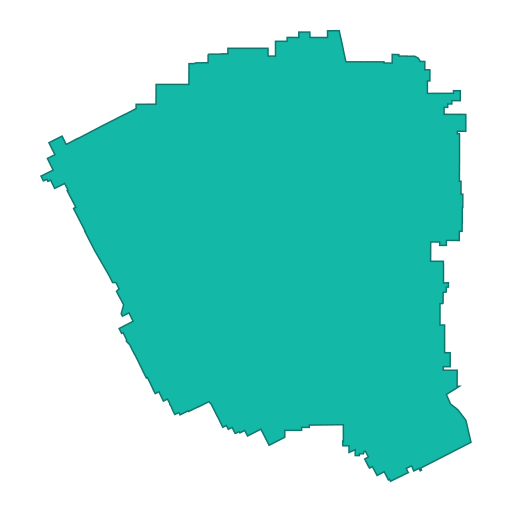 the district of Cunderdin, Western Australia, Australia
{"feature_id": "25037944B27165515239628", "entity_name": "Cunderdin", "entity_type": "district", "adm_level": 2, "iso_a3": "AUS", "parent_name": "Australia", "parent_adm1": "Western Australia", "projection": "albers", "projection_center": [117.202, -31.613], "detail": "fine", "context": "isolated", "style": "filled", "palette": "teal", "viewbox_px": 512, "rotation_deg": 0, "n_neighbors": 0, "source": "geoboundaries", "source_scale": "gbopen_adm2", "svg_char_len": 5358}
<svg xmlns="http://www.w3.org/2000/svg" viewBox="0 0 512 512"><path d="M376.3,61.8L370.7,61.8L367.8,61.8L366.2,61.8L363.2,61.9L360.2,61.8L357.9,61.8L355.5,61.8L352.6,61.8L351.4,61.8L349.1,61.8L348.0,61.8L347.8,61.8L346.2,61.9L346.0,61.6L345.9,61.5L345.8,61.1L345.7,60.8L345.6,60.5L345.5,60.0L345.4,59.5L345.2,58.5L344.8,56.7L344.5,55.2L344.1,53.6L343.7,51.7L343.0,48.1L342.1,43.6L341.5,41.3L341.2,39.4L340.4,36.3L339.7,33.1L339.3,30.8L339.2,30.8L339.2,30.7L336.5,30.7L334.1,30.7L327.5,30.8L327.5,31.0L327.6,37.5L324.1,37.5L323.9,37.5L321.4,37.5L320.9,37.5L315.1,37.5L309.9,37.4L309.9,32.1L298.8,32.1L298.8,37.5L287.1,37.4L287.1,41.3L275.5,41.3L275.5,56.1L268.1,56.1L268.0,48.3L227.9,48.3L227.9,53.8L222.4,53.8L222.4,54.0L216.6,54.2L212.2,54.1L209.3,54.2L209.1,54.2L208.9,54.2L208.7,54.3L208.4,54.5L208.2,54.8L208.1,55.1L208.1,55.3L208.1,56.8L208.1,58.8L208.1,61.6L208.1,62.7L205.9,62.7L202.8,62.8L200.3,62.8L196.0,62.8L195.9,62.8L195.7,62.9L195.5,63.0L195.0,63.3L194.6,63.4L194.5,63.5L194.4,63.5L194.2,63.6L193.5,63.6L190.8,63.6L189.0,63.6L188.9,84.4L186.4,84.4L169.1,84.4L168.5,84.4L156.1,84.4L156.0,104.2L136.1,104.3L136.1,108.6L125.0,114.4L124.9,114.3L118.4,117.6L114.6,119.6L107.0,123.4L102.7,125.6L77.8,138.6L77.7,138.4L66.7,144.2L66.3,144.2L66.2,144.2L66.1,143.9L65.9,143.9L62.1,136.1L48.9,142.7L54.9,154.7L47.4,158.4L53.1,170.1L41.0,176.1L43.4,180.9L46.8,179.3L47.9,181.4L50.6,180.1L54.7,188.4L63.2,184.2L64.6,183.5L68.0,190.0L67.1,190.5L75.8,207.3L73.6,208.4L73.5,208.5L85.2,231.2L84.8,231.3L94.7,250.6L98.3,256.8L100.7,261.0L109.4,276.1L112.6,282.6L113.9,282.6L115.7,282.5L116.1,282.8L118.9,288.4L118.9,288.7L119.0,288.8L118.7,289.0L117.9,289.8L117.7,290.1L116.5,291.4L119.9,297.9L120.1,298.0L123.6,304.8L121.2,313.8L122.4,316.2L129.0,312.9L133.1,321.3L131.9,321.9L124.5,325.7L119.1,328.5L121.6,333.4L123.1,332.7L126.6,339.8L126.3,341.2L129.7,344.7L131.6,348.6L134.4,354.1L134.5,354.0L137.6,360.1L138.1,361.1L143.6,372.5L145.9,377.1L146.3,378.0L147.4,377.5L149.7,382.1L153.0,389.0L152.9,389.0L155.2,393.6L158.9,391.8L163.4,401.1L167.4,399.1L167.5,399.1L169.8,403.6L169.7,404.2L171.9,407.9L171.8,408.3L172.3,409.4L173.3,411.5L174.3,413.6L174.5,413.9L174.8,414.5L178.9,412.6L180.0,414.9L188.3,410.8L188.7,411.5L198.6,406.6L198.7,406.8L208.9,401.7L211.3,404.4L217.4,416.5L217.6,416.6L222.8,427.3L226.4,425.5L228.3,429.3L232.1,427.4L235.1,433.4L235.7,433.3L238.8,431.8L239.2,431.8L239.3,431.9L239.9,432.9L244.7,430.5L247.5,436.0L260.9,429.2L265.5,438.2L266.5,440.1L269.1,445.3L269.3,445.2L284.7,437.3L284.8,437.2L284.8,432.8L284.8,430.4L301.6,430.4L301.6,427.4L309.3,427.4L309.3,425.1L326.5,424.9L343.3,424.7L343.4,441.0L342.8,441.0L342.8,445.8L349.0,445.8L349.0,452.5L349.5,452.3L355.0,449.8L355.2,449.7L355.2,455.6L359.4,455.6L359.4,453.8L363.5,453.8L363.6,453.7L363.6,452.0L365.3,451.1L368.4,457.0L364.7,459.0L365.7,461.1L367.2,463.8L367.3,464.0L367.3,464.3L369.5,468.1L372.4,466.6L377.1,475.5L384.2,471.7L388.4,479.9L389.5,479.3L390.5,481.3L397.2,478.0L401.8,475.8L405.1,474.1L408.3,472.6L408.2,472.5L406.3,468.4L411.5,465.9L411.9,466.6L413.3,469.9L413.8,471.0L419.1,468.4L419.8,469.9L420.2,470.8L421.5,470.2L421.4,469.8L421.3,469.5L421.1,469.3L421.0,468.9L420.8,468.5L420.7,468.1L470.8,442.4L471.0,442.3L470.8,441.6L470.6,440.6L470.2,438.9L469.8,437.1L469.1,434.1L468.7,432.5L467.7,428.2L467.2,425.8L466.7,423.8L466.1,421.3L465.9,420.3L465.8,420.2L465.4,419.6L464.1,417.9L462.6,416.0L460.9,413.7L459.9,412.5L458.8,411.0L458.0,409.9L457.7,409.7L456.1,408.3L454.1,406.8L452.1,405.2L451.0,404.4L450.8,404.2L450.7,404.1L450.5,403.9L450.4,403.7L450.1,403.0L449.6,401.8L447.2,396.3L446.4,394.5L446.4,394.4L448.1,393.4L449.3,392.6L451.5,391.3L453.7,389.9L456.0,388.5L457.5,387.5L459.4,386.3L457.1,386.3L457.2,370.2L443.2,370.2L443.2,366.7L450.2,366.7L450.2,352.7L444.6,352.7L444.6,325.0L440.0,325.0L440.0,317.3L440.0,311.2L440.0,304.3L440.0,304.0L440.0,303.7L440.6,303.6L442.4,303.6L442.6,303.6L442.9,303.3L443.0,303.2L443.1,302.8L443.1,292.9L443.2,292.6L443.3,292.5L443.4,292.3L443.6,292.2L445.8,292.2L446.0,292.1L446.3,291.8L446.3,291.7L446.4,288.0L446.4,287.8L446.3,287.5L446.5,287.4L446.8,287.1L448.4,287.1L448.4,283.5L448.4,283.2L448.4,282.7L443.5,283.0L443.5,269.1L443.5,264.8L443.5,264.7L443.4,262.7L443.4,262.1L443.4,261.3L430.6,261.3L430.7,242.0L438.2,242.0L438.3,242.0L439.7,242.0L439.7,245.4L446.4,245.4L446.4,240.5L447.0,240.4L459.3,240.5L459.3,231.3L462.1,231.3L462.1,223.3L462.3,223.3L462.3,207.5L462.8,207.5L462.8,194.2L461.0,194.2L461.0,181.3L459.4,181.3L459.4,171.9L459.5,168.5L459.5,168.0L459.4,167.2L459.4,166.8L459.4,166.3L459.4,165.9L459.5,165.5L459.5,159.6L459.5,153.5L459.5,151.1L459.5,150.1L459.5,147.4L459.5,145.1L459.5,142.8L459.5,140.1L459.5,136.7L459.5,134.1L459.5,133.9L459.4,133.7L459.2,133.8L457.3,133.7L457.3,131.3L465.8,131.3L465.8,114.4L444.1,114.3L444.1,107.4L447.7,107.4L447.7,104.0L451.8,104.0L451.9,100.6L460.3,100.7L460.3,90.7L453.5,90.7L453.5,93.3L427.4,93.4L427.4,80.9L429.9,80.9L429.9,69.8L424.8,69.8L424.8,61.4L420.2,61.4L419.8,60.8L419.4,59.8L418.9,59.1L418.7,58.9L418.4,58.5L418.2,58.2L417.8,57.8L417.7,57.8L416.5,57.2L415.8,56.8L415.2,56.5L415.0,56.4L414.8,56.3L414.5,56.2L414.1,56.2L413.7,56.2L407.3,56.3L407.3,56.1L398.9,56.1L398.9,54.6L392.2,54.4L392.2,63.0L384.1,63.0L384.1,62.8L384.1,62.2L384.0,61.8L383.0,61.8L381.3,61.9L378.8,61.8L376.3,61.8Z" fill="#14b8a6" stroke="#0f766e" stroke-width="1.5"/></svg>